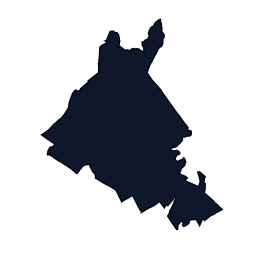 outline of Sulita, Botosani, Romania, rotated 85°
{"feature_id": "2599482B5546684952398", "entity_name": "Sulita", "entity_type": "district", "adm_level": 2, "iso_a3": "ROU", "parent_name": "Romania", "parent_adm1": "Botosani", "projection": "natural_earth1", "projection_center": [26.901, 47.647], "detail": "fine", "context": "isolated", "style": "filled", "palette": "ink", "viewbox_px": 256, "rotation_deg": 85, "n_neighbors": 0, "source": "geoboundaries", "source_scale": "gbopen_adm2", "svg_char_len": 5635}
<svg xmlns="http://www.w3.org/2000/svg" viewBox="0 0 256 256"><g transform="rotate(85 128 128)"><path d="M151.4,203.7L152.0,203.3L155.0,199.5L155.8,197.8L157.4,196.1L158.5,194.5L163.7,188.1L166.5,185.3L168.9,183.1L168.2,182.0L166.7,180.7L165.4,179.8L164.5,178.9L164.3,178.4L162.8,177.3L162.0,176.5L161.2,174.4L160.8,172.6L161.0,171.7L160.9,171.5L160.8,169.7L162.6,169.2L167.9,167.2L171.1,164.9L172.5,164.5L173.6,164.4L175.0,164.7L180.3,157.6L182.4,154.5L184.8,150.7L188.4,145.8L189.9,144.9L195.6,142.7L199.7,141.1L200.9,140.9L195.5,129.3L206.0,125.0L206.9,124.7L207.3,124.7L207.7,124.2L209.3,123.5L210.7,123.3L211.3,122.4L211.8,122.2L212.5,122.0L213.3,122.1L212.9,121.3L212.6,120.9L212.2,119.8L210.5,116.5L209.5,114.3L208.4,111.0L207.8,109.8L206.6,107.3L203.8,102.9L205.8,101.8L210.6,98.7L210.1,98.5L209.4,97.9L207.6,95.7L208.7,95.0L208.6,94.9L207.8,94.4L206.9,93.1L204.8,91.2L204.6,90.7L200.3,87.2L201.6,86.5L202.0,86.4L202.6,86.6L203.7,87.3L204.3,87.9L206.5,88.7L209.0,90.2L209.7,90.5L211.6,91.7L212.6,92.3L214.0,93.4L215.8,94.1L217.2,94.4L217.7,95.0L219.3,96.1L225.2,93.0L228.2,91.2L231.5,89.4L233.2,88.4L233.5,88.0L233.3,87.5L232.8,87.3L230.7,87.0L230.2,87.0L229.7,87.3L228.7,86.4L225.6,83.3L224.7,82.7L227.8,81.1L229.4,82.1L229.9,82.0L231.0,81.0L230.4,79.7L229.5,77.5L228.1,75.8L227.8,75.7L227.6,75.8L227.1,75.2L226.9,75.2L226.3,75.2L225.5,75.7L225.2,75.2L225.0,74.8L225.2,73.9L224.9,73.3L224.7,71.8L224.5,71.2L224.9,70.9L225.0,70.6L225.0,70.4L224.6,69.8L225.1,69.1L225.0,68.3L224.8,68.0L231.4,65.2L225.8,62.1L224.8,60.9L226.8,59.8L221.7,52.1L221.7,51.4L221.9,51.4L221.6,50.9L221.4,50.0L220.4,48.3L219.8,47.1L217.4,41.3L216.2,42.3L215.2,43.5L214.8,43.8L214.5,43.9L211.5,46.5L210.5,47.7L207.9,49.6L204.5,52.7L199.1,57.9L198.6,57.5L196.1,56.7L193.6,56.3L192.1,56.3L190.3,55.9L189.1,57.6L187.6,56.7L185.8,56.7L183.3,55.4L177.8,60.7L177.9,62.0L178.7,62.3L181.5,61.5L186.6,60.7L188.2,60.9L191.1,62.1L192.8,62.5L185.7,75.6L184.6,75.0L182.8,73.4L181.3,74.9L178.8,79.8L178.9,80.4L178.7,80.9L175.7,79.7L173.0,78.3L170.3,75.0L169.4,74.4L168.5,74.9L167.3,73.5L164.3,74.0L163.0,74.8L162.6,75.2L162.8,75.5L164.1,76.3L164.1,76.7L165.0,79.6L166.0,81.6L163.4,84.1L162.8,83.5L162.0,83.6L161.6,83.5L161.1,83.1L160.3,82.2L159.8,82.1L159.3,81.8L158.6,80.9L158.5,80.7L158.9,80.3L158.9,80.0L158.2,79.2L158.2,78.9L157.7,78.6L157.1,78.7L156.5,79.0L154.9,80.6L155.0,81.2L154.7,81.7L154.9,81.8L155.0,82.1L154.8,82.3L154.9,82.5L154.8,82.8L155.0,83.1L154.9,84.6L154.6,84.9L154.4,85.8L153.9,86.7L152.8,88.0L152.4,87.4L151.5,85.8L151.2,83.0L150.8,81.8L150.4,81.0L149.9,80.6L147.1,77.0L146.7,76.8L144.9,74.9L144.4,74.8L143.1,74.9L142.0,74.4L141.8,73.7L141.9,73.0L141.9,72.2L141.2,69.8L141.2,66.8L141.0,66.4L140.0,65.7L137.8,65.3L136.4,65.6L136.3,66.0L136.2,66.9L136.0,67.4L135.1,68.6L134.2,68.6L133.5,68.7L133.2,68.6L133.0,68.3L132.5,68.5L132.0,69.0L130.9,69.4L129.6,70.3L129.1,70.8L119.0,76.7L117.8,77.7L115.1,79.3L92.9,92.4L92.8,92.1L82.5,99.8L80.0,101.2L78.5,102.2L74.7,104.2L73.4,103.8L72.4,103.1L71.7,103.1L70.7,102.8L69.7,101.9L67.3,100.9L66.4,100.4L66.0,99.9L65.4,99.7L63.8,98.4L62.0,97.4L61.0,97.0L60.7,96.5L59.7,95.9L59.2,95.6L58.6,95.8L58.3,95.7L58.0,95.3L57.4,94.8L57.5,94.5L57.1,94.0L55.3,93.1L54.9,93.0L53.8,92.1L53.3,91.9L51.4,90.7L50.9,89.8L50.5,89.5L49.9,88.5L49.9,88.2L49.6,87.8L49.0,87.2L46.8,86.0L44.8,85.9L44.5,85.7L43.9,85.7L42.9,85.8L41.9,85.2L41.7,84.7L38.9,83.9L37.5,84.3L35.5,85.6L34.2,86.1L33.8,86.1L32.7,85.7L32.0,85.8L31.6,85.5L29.2,85.9L27.4,85.7L27.1,85.9L26.1,85.8L24.5,86.7L24.0,86.6L23.1,86.1L22.5,86.4L22.6,86.6L23.5,87.1L23.7,87.3L23.3,87.6L23.1,88.1L23.7,89.2L24.6,89.9L25.4,90.1L25.4,90.5L24.9,90.7L24.9,91.0L25.5,91.6L26.3,92.0L26.8,92.6L27.3,92.6L27.7,92.9L29.0,94.3L29.5,95.6L30.5,96.7L33.0,98.4L34.7,98.9L35.4,99.4L36.2,99.2L37.6,98.6L38.4,98.8L40.1,100.1L41.0,100.3L41.5,101.0L42.0,103.3L42.2,103.5L43.3,104.4L43.5,105.0L43.5,106.0L43.8,106.3L44.5,106.6L45.0,106.5L46.5,106.5L47.3,106.3L47.1,106.0L48.7,105.5L48.9,105.4L49.7,105.3L50.8,105.4L51.1,105.3L51.6,105.4L51.9,105.3L52.6,105.5L53.4,105.9L53.4,106.5L53.0,106.7L52.4,107.9L51.8,108.6L51.3,109.5L50.5,110.1L50.2,110.7L50.0,111.8L49.8,112.2L50.2,113.8L49.5,114.4L49.4,115.2L49.6,115.8L49.4,116.7L50.3,118.3L51.6,119.1L50.3,121.5L50.1,122.5L50.4,123.1L50.4,123.3L49.6,125.3L48.5,126.1L47.2,127.8L46.0,128.9L46.6,129.7L46.6,130.6L46.4,130.7L43.9,129.5L42.5,129.2L41.2,129.1L40.8,128.6L39.4,129.0L38.3,129.0L37.7,129.1L37.1,128.9L36.9,129.2L35.2,129.2L34.5,129.3L33.9,129.8L33.3,129.9L32.8,130.4L32.2,130.7L32.0,131.3L32.2,131.8L32.0,132.3L32.0,132.7L31.3,133.1L31.1,133.5L30.4,134.0L30.6,134.4L30.1,135.3L30.1,136.2L30.6,137.5L30.8,137.7L38.6,141.6L39.1,142.1L39.3,143.1L39.5,142.8L39.6,142.2L40.5,141.5L41.4,142.2L43.1,145.4L42.9,145.9L45.0,148.9L57.2,150.7L58.5,151.2L58.8,151.0L59.4,151.1L59.7,150.9L59.9,151.1L61.2,151.8L61.7,151.8L62.3,151.6L62.7,151.8L63.9,151.7L65.4,152.0L66.5,151.9L69.1,152.3L69.8,152.4L70.8,152.9L71.4,154.0L77.5,163.5L78.4,163.0L84.7,171.7L86.4,172.4L86.4,172.8L86.6,173.6L87.0,174.3L87.1,174.7L86.8,175.0L85.7,177.0L86.2,177.7L88.7,180.1L89.6,180.6L90.5,180.9L93.8,182.6L97.2,184.1L99.9,184.9L101.3,185.1L103.9,186.2L106.9,188.7L108.6,189.9L110.8,192.0L112.8,194.0L113.0,194.4L114.1,196.4L116.7,199.6L117.7,201.2L119.5,203.3L122.1,206.0L123.0,207.2L125.0,210.4L127.3,214.7L137.7,202.3L138.3,202.5L138.9,203.1L139.8,204.3L140.2,205.0L140.5,206.2L140.6,206.6L140.3,207.2L140.4,207.4L140.7,207.5L141.2,207.4L141.6,208.1L143.7,209.6L146.7,210.5L147.6,210.5L147.8,210.3L147.8,209.9L147.6,209.6L147.4,209.0L148.6,207.5L148.9,207.2L149.1,206.5L150.7,204.6L151.1,204.4L151.4,203.7Z" fill="#0f172a" stroke="#020617" stroke-width="1.5"/></g></svg>